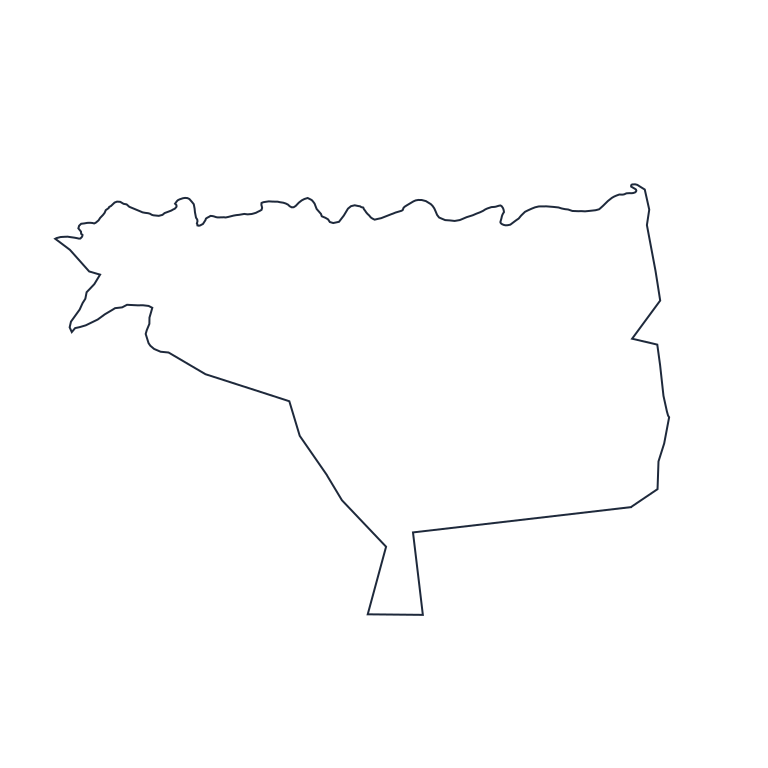 San Baltazar Yatzachi el Bajo, Oaxaca, Mexico (Equal Earth projection), rotated 258°
{"feature_id": "50627088B85859763420371", "entity_name": "San Baltazar Yatzachi el Bajo", "entity_type": "district", "adm_level": 2, "iso_a3": "MEX", "parent_name": "Mexico", "parent_adm1": "Oaxaca", "projection": "equal_earth", "projection_center": [-96.191, 17.225], "detail": "fine", "context": "isolated", "style": "outline", "palette": "slate", "viewbox_px": 768, "rotation_deg": 258, "n_neighbors": 0, "source": "geoboundaries", "source_scale": "gbopen_adm2", "svg_char_len": 4166}
<svg xmlns="http://www.w3.org/2000/svg" viewBox="0 0 768 768"><g transform="rotate(258 384 384)"><path d="M520.0,679.5L524.3,675.0L526.1,673.2L527.1,671.2L527.6,668.2L527.0,667.1L525.7,666.8L523.6,669.1L522.7,670.1L521.8,670.9L520.6,671.0L520.0,670.6L519.3,669.7L519.0,667.8L519.1,666.0L519.6,664.0L519.9,662.2L520.1,660.7L519.6,658.5L519.6,657.0L519.9,655.7L520.4,653.5L520.2,652.0L520.0,650.6L519.5,648.1L518.7,645.6L517.7,643.6L516.4,641.0L512.7,635.2L511.2,632.6L510.2,630.8L510.1,629.3L510.0,627.0L510.6,621.0L511.1,616.5L512.1,612.9L512.6,610.1L514.1,604.2L516.4,600.4L517.4,597.4L518.8,594.2L520.4,591.4L522.0,586.5L524.0,579.8L525.5,572.3L525.4,568.4L524.8,564.9L523.9,560.8L523.1,557.7L520.2,553.1L517.8,550.1L516.9,547.8L515.8,545.4L513.6,540.7L513.6,538.1L513.9,536.1L514.6,534.4L515.7,532.8L516.6,532.0L517.3,531.6L518.2,531.5L519.9,532.4L521.8,533.4L523.4,534.1L524.9,535.0L526.0,535.9L527.2,537.1L529.3,537.2L531.2,537.0L533.4,536.1L534.4,535.1L534.5,533.7L534.4,532.3L534.2,530.2L534.3,528.6L534.5,527.3L534.7,525.8L534.2,521.5L533.7,519.3L532.8,517.0L532.0,513.7L531.4,509.8L530.6,505.9L530.0,499.5L528.9,493.9L528.6,492.1L528.8,487.0L530.3,482.5L531.6,477.9L533.7,474.9L535.4,472.5L538.3,471.1L542.0,470.4L545.3,469.7L548.0,468.6L550.2,467.2L552.1,465.2L554.2,463.0L556.1,459.2L556.9,455.8L557.0,453.1L556.5,450.7L554.0,443.4L553.1,441.0L552.2,439.7L550.3,438.5L549.8,437.2L549.5,433.5L549.3,430.9L548.8,428.2L548.6,426.6L546.8,415.7L546.8,412.6L546.7,409.0L548.3,407.0L549.7,405.7L552.0,404.5L553.7,403.3L555.5,402.3L557.3,401.6L559.2,400.7L560.9,400.4L561.7,398.6L562.8,397.5L563.4,395.9L564.9,392.5L564.8,388.7L563.0,385.2L557.1,379.7L552.0,373.7L552.0,367.8L553.7,364.7L556.7,363.5L558.7,361.3L561.0,358.0L563.5,357.7L569.2,354.5L572.3,354.0L574.9,353.6L577.3,352.5L579.0,351.5L580.3,349.9L581.8,348.0L581.5,344.6L580.7,341.7L579.1,338.4L576.5,334.6L575.7,332.4L576.0,330.5L577.5,328.7L579.4,327.4L581.0,325.4L582.3,323.1L583.5,319.9L584.4,318.0L585.0,315.4L585.6,312.9L586.6,309.3L586.8,306.1L586.9,303.9L586.7,302.4L586.5,301.8L584.6,301.3L583.3,301.4L581.6,301.4L579.8,300.4L579.2,298.6L578.7,296.5L578.1,294.4L577.9,292.0L577.8,289.9L578.3,285.8L579.4,282.7L579.6,277.4L579.9,274.6L580.0,271.9L579.8,266.4L579.8,263.8L580.1,262.8L580.3,262.4L580.4,261.9L581.5,256.0L582.1,254.5L583.4,252.3L584.0,250.9L584.5,249.2L584.0,247.9L583.4,245.7L582.8,244.2L581.4,243.4L579.5,241.5L578.2,240.2L577.3,237.0L577.3,235.8L577.9,234.5L578.9,234.7L579.8,234.3L582.0,235.4L583.7,235.5L585.8,234.7L591.4,234.8L594.9,235.2L599.4,235.3L602.0,234.0L605.4,232.1L606.7,230.4L607.4,228.1L607.5,225.9L607.1,222.4L606.6,220.5L605.7,219.2L603.8,217.1L602.3,218.1L601.1,218.1L600.2,217.6L598.9,215.7L598.6,214.2L597.9,212.1L597.5,209.6L596.8,204.9L595.5,202.5L595.3,198.7L597.0,193.4L597.8,192.0L599.2,190.5L600.1,188.8L601.1,185.9L602.1,183.5L603.4,181.7L610.3,171.7L613.2,169.6L614.4,166.7L617.0,163.9L617.9,160.8L617.5,158.2L614.9,154.0L614.3,152.0L613.3,151.2L611.9,148.0L609.5,146.3L607.8,144.3L605.5,140.9L603.4,138.8L601.7,135.6L601.3,133.9L602.1,132.3L602.7,130.4L603.3,127.4L603.4,124.2L603.7,121.1L602.2,118.7L599.8,117.4L596.0,119.3L593.9,119.0L592.5,120.1L591.5,119.7L590.6,119.0L589.4,117.2L589.7,115.7L590.5,114.0L591.5,111.6L592.8,108.0L593.9,105.1L594.7,100.3L595.0,98.1L594.8,94.0L594.4,92.6L580.5,104.7L555.4,119.0L550.0,129.0L541.9,121.4L535.6,112.2L529.5,109.6L525.8,106.0L520.1,101.8L510.1,90.8L504.8,88.3L499.7,89.4L502.9,93.5L502.9,98.1L503.4,104.5L506.6,117.4L510.2,125.4L513.1,134.0L514.1,136.7L513.4,143.8L514.9,149.1L512.2,159.3L511.1,164.7L509.3,170.0L506.7,173.2L502.9,171.2L497.7,168.4L491.6,167.0L485.9,163.1L482.5,161.3L472.9,162.2L470.0,163.4L466.1,166.4L462.0,172.2L459.6,179.8L430.7,211.4L413.5,241.4L389.2,283.7L386.8,287.8L350.8,290.8L306.8,309.2L305.7,309.5L279.0,318.7L224.4,352.2L162.1,320.2L150.1,374.0L179.6,376.7L232.8,381.5L212.2,600.2L212.4,600.3L224.3,629.7L251.2,636.4L267.6,645.7L292.2,656.0L294.0,655.3L298.5,655.0L300.7,655.0L314.3,654.9L345.2,658.0L365.7,659.5L367.8,655.1L376.7,636.1L408.2,671.5L426.6,672.5L438.3,673.1L484.8,674.2L499.4,679.7L520.0,679.5Z" fill="none" stroke="#1e293b" stroke-width="2"/></g></svg>